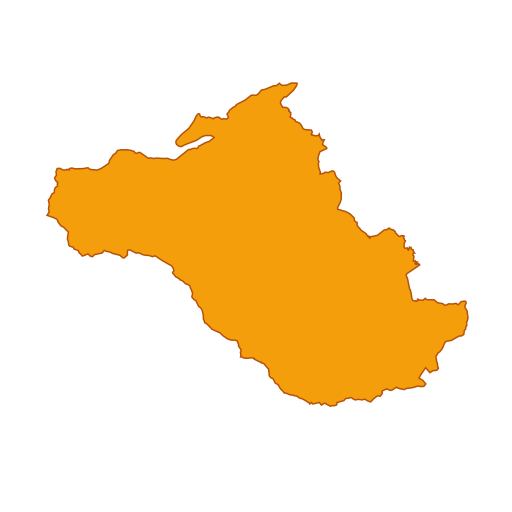 the district of Calimanesti, Vâlcea, Romania, rotated 349°
{"feature_id": "2599482B79862201668906", "entity_name": "Calimanesti", "entity_type": "district", "adm_level": 2, "iso_a3": "ROU", "parent_name": "Romania", "parent_adm1": "Vâlcea", "projection": "mercator", "projection_center": [24.315, 45.264], "detail": "fine", "context": "isolated", "style": "filled", "palette": "amber", "viewbox_px": 512, "rotation_deg": 349, "n_neighbors": 0, "source": "geoboundaries", "source_scale": "gbopen_adm2", "svg_char_len": 6095}
<svg xmlns="http://www.w3.org/2000/svg" viewBox="0 0 512 512"><g transform="rotate(349 256 256)"><path d="M395.0,404.1L401.2,398.0L404.4,403.7L407.9,402.3L410.5,402.7L412.2,402.4L413.7,400.9L413.2,399.3L413.6,396.0L413.1,393.7L413.4,392.8L413.2,389.8L413.9,388.2L414.9,387.6L415.8,386.1L418.2,385.0L420.8,382.8L422.7,380.4L423.9,378.2L426.0,376.1L431.9,376.1L440.1,373.3L442.1,373.7L444.9,372.8L446.4,368.7L447.8,367.8L448.4,365.7L449.7,364.3L450.0,361.0L450.8,360.5L452.3,357.2L452.7,350.1L451.3,346.3L451.7,344.5L453.3,342.4L453.4,341.2L452.7,340.2L448.9,339.9L445.7,342.1L444.6,342.3L443.7,340.8L443.0,340.6L440.3,340.7L435.7,339.7L434.3,340.3L431.8,340.4L430.2,338.4L425.2,336.5L422.4,332.9L416.8,331.9L415.0,331.2L414.0,329.8L411.6,331.3L407.9,330.4L406.6,329.1L406.3,329.2L406.0,330.7L405.1,331.0L404.3,330.4L402.8,330.4L401.4,329.4L400.9,327.7L401.2,321.7L400.9,318.5L400.5,317.5L400.4,306.8L399.8,304.4L399.9,302.9L401.3,301.9L415.0,296.0L414.5,295.0L413.8,295.0L413.5,294.3L411.1,295.0L412.0,294.3L411.1,294.4L410.8,293.5L412.2,293.4L413.1,292.7L411.6,292.1L411.4,291.1L409.9,291.2L409.5,290.8L411.0,286.4L410.2,284.9L411.2,283.0L412.2,283.3L411.5,281.8L411.5,280.0L410.0,279.1L409.7,277.1L408.5,277.3L408.2,275.9L408.2,277.2L406.8,279.3L406.2,278.8L406.5,278.1L406.1,276.9L404.4,277.0L403.5,276.6L403.2,275.4L403.4,273.6L403.9,271.8L405.6,269.7L404.7,268.5L404.8,267.3L404.2,266.1L404.4,265.2L405.2,264.9L405.0,264.4L402.8,263.8L400.7,264.2L400.0,263.9L397.5,260.2L397.2,258.3L396.5,257.9L396.1,256.8L393.0,255.3L392.5,254.2L391.5,254.0L389.9,255.0L386.6,255.0L379.1,258.9L371.6,259.0L371.1,258.5L371.2,260.1L370.8,260.2L370.4,258.6L369.3,257.8L368.4,255.2L363.6,250.2L363.3,248.9L362.2,247.6L361.1,245.0L361.7,242.3L360.6,241.7L359.4,240.1L359.6,237.3L356.4,232.7L352.7,229.6L345.1,225.7L345.4,223.9L348.6,219.9L350.4,216.7L351.8,210.4L351.2,206.8L351.7,203.4L350.9,200.3L353.4,198.5L350.2,194.5L349.6,192.6L349.0,188.4L347.9,187.2L346.0,187.1L342.8,187.9L339.9,186.9L338.1,187.8L334.5,187.7L335.2,186.2L334.5,181.3L334.7,177.4L335.8,175.4L335.1,173.1L336.2,170.1L338.7,165.8L346.0,164.0L346.0,163.2L345.2,162.0L342.6,159.4L343.2,157.6L345.2,154.9L342.5,154.7L342.7,154.1L341.4,151.3L341.3,148.3L340.0,149.6L337.8,149.5L335.2,148.5L334.8,147.9L333.7,147.8L333.4,147.2L334.9,145.2L334.4,143.0L328.4,141.3L326.6,140.2L325.2,135.6L323.8,133.5L320.6,131.6L320.0,129.4L318.9,129.2L317.7,127.3L316.0,126.3L317.2,123.6L317.1,122.2L317.5,121.7L315.8,120.1L315.8,119.4L316.5,119.1L315.6,117.3L314.3,116.1L310.6,115.1L309.5,112.2L309.2,110.0L310.7,107.8L314.2,105.2L315.7,105.7L317.0,105.1L324.6,100.3L328.2,96.7L329.1,95.2L329.2,94.1L323.7,93.0L318.5,94.1L314.7,93.6L313.6,93.1L311.9,90.9L308.6,92.6L305.7,92.3L296.5,94.1L293.0,94.1L289.5,97.0L287.0,98.3L282.2,97.2L275.0,100.9L265.8,103.6L264.1,105.1L261.9,105.7L257.7,107.9L256.9,109.3L254.6,111.1L255.4,114.1L254.7,115.4L253.2,116.0L250.1,114.9L249.1,115.3L248.2,115.1L246.8,113.7L246.6,113.1L244.8,112.2L241.5,112.4L240.2,113.1L236.5,110.8L235.4,110.7L234.2,111.2L230.8,109.1L228.6,109.0L227.9,107.7L227.7,105.7L226.8,105.4L225.8,105.7L224.0,107.2L221.1,111.4L214.4,117.9L205.9,122.6L200.9,126.4L199.4,127.9L199.0,129.6L199.3,131.3L201.0,133.3L202.8,134.2L204.2,134.3L206.9,133.3L219.7,131.1L225.7,128.6L229.4,128.1L234.3,129.0L236.4,130.3L237.5,131.7L231.9,134.6L226.9,135.3L225.9,136.0L224.4,136.1L222.5,137.0L220.7,137.2L219.4,138.9L218.5,139.2L216.2,138.5L214.0,138.4L212.1,139.0L210.9,138.6L209.7,138.8L196.2,146.0L193.4,146.2L190.1,144.8L188.0,143.3L183.5,142.6L176.7,140.8L174.1,140.8L171.0,139.5L168.9,139.5L161.9,132.2L160.4,132.0L157.9,132.4L157.1,131.8L156.2,130.0L153.1,128.4L150.3,127.3L143.6,126.0L140.1,126.0L137.9,128.3L135.2,129.4L130.5,134.1L129.2,137.0L121.0,140.4L116.6,141.4L110.5,139.6L109.2,138.9L107.9,137.3L102.9,137.2L94.4,135.8L93.4,135.0L91.1,134.4L89.4,134.7L89.0,135.8L87.0,134.9L85.7,135.2L83.3,134.9L80.2,132.5L77.5,132.2L75.8,135.0L75.5,138.7L73.7,140.3L73.1,141.3L74.1,144.5L75.5,145.9L74.6,147.4L74.7,149.3L72.1,150.5L70.7,152.6L70.1,155.3L67.5,156.2L65.2,159.4L62.9,161.6L62.9,165.9L61.3,170.1L61.4,173.3L58.6,176.2L64.2,179.4L67.4,181.8L68.2,183.6L68.0,184.4L69.8,188.4L70.5,189.4L72.6,191.0L76.4,196.7L74.1,203.1L74.5,205.5L74.3,209.6L75.2,211.0L78.3,212.4L78.7,214.4L82.7,216.9L82.9,218.8L85.7,223.0L91.4,221.9L93.4,224.6L95.3,225.5L97.8,223.8L105.6,223.7L108.1,221.6L109.7,222.7L113.7,224.4L115.5,226.0L122.5,229.3L124.7,232.1L126.1,232.8L130.0,230.5L130.5,227.5L131.0,226.0L131.7,225.7L133.7,226.2L138.9,230.3L141.6,230.5L145.3,233.2L148.8,234.6L150.2,234.7L154.4,236.9L157.1,236.6L162.9,242.4L171.4,249.7L172.7,253.3L172.3,255.1L171.1,256.1L170.9,256.9L172.4,259.2L173.0,260.8L176.0,263.4L177.2,265.2L178.8,265.9L181.5,269.7L184.7,271.8L185.6,273.1L185.4,274.5L186.2,277.4L186.6,280.7L185.3,283.6L185.3,284.5L187.0,287.2L188.5,288.4L190.1,294.7L191.6,296.0L192.5,298.0L192.9,300.4L192.9,304.4L192.3,308.0L192.8,309.7L192.9,311.7L195.0,313.5L198.9,319.6L205.9,324.5L208.5,328.1L212.2,331.9L215.6,333.8L219.4,334.6L221.2,335.6L222.0,339.2L221.7,341.3L223.3,344.8L223.4,346.0L222.3,347.7L222.3,350.4L221.6,352.1L223.2,352.5L224.1,353.6L227.4,354.7L232.5,355.1L234.9,356.2L234.6,356.9L239.3,360.6L240.7,361.0L240.8,362.0L243.0,362.8L245.8,367.9L246.8,369.2L246.2,376.2L247.2,378.2L249.3,379.7L250.6,384.3L253.1,386.6L254.8,391.4L255.8,392.5L257.6,395.9L259.1,396.2L262.8,398.7L266.3,399.9L267.0,400.6L268.9,401.0L271.9,404.0L273.8,404.8L276.2,406.7L280.1,410.3L280.5,411.5L282.6,410.5L283.3,412.0L283.7,412.1L290.3,411.9L291.7,414.8L295.3,413.5L300.2,417.6L302.1,417.4L303.4,417.8L306.2,417.8L307.0,417.1L307.7,415.3L314.7,414.7L316.8,413.0L319.7,413.3L321.7,413.0L323.0,413.5L323.9,414.7L325.9,416.2L329.0,416.2L332.8,417.5L335.5,417.3L338.3,419.8L340.8,421.1L344.2,418.6L348.0,416.7L349.3,416.5L351.1,417.4L353.8,415.0L353.8,413.1L354.2,412.6L358.4,411.4L360.0,412.0L361.9,413.5L363.6,413.7L369.1,411.6L370.2,412.9L375.9,415.4L378.8,414.7L384.1,415.1L390.6,414.6L392.6,415.6L395.9,416.0L398.3,414.0L396.0,409.9L392.7,407.0L395.0,404.1Z" fill="#f59e0b" stroke="#b45309" stroke-width="1.5"/></g></svg>